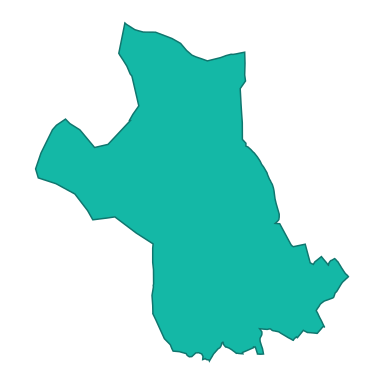 Ikwerre, Rivers, Nigeria (Albers equal-area conic projection)
{"feature_id": "59680162B85189896765318", "entity_name": "Ikwerre", "entity_type": "district", "adm_level": 2, "iso_a3": "NGA", "parent_name": "Nigeria", "parent_adm1": "Rivers", "projection": "albers", "projection_center": [6.95, 5.081], "detail": "fine", "context": "isolated", "style": "filled", "palette": "teal", "viewbox_px": 384, "rotation_deg": 0, "n_neighbors": 0, "source": "geoboundaries", "source_scale": "gbopen_adm2", "svg_char_len": 4376}
<svg xmlns="http://www.w3.org/2000/svg" viewBox="0 0 384 384"><path d="M38.3,177.9L56.0,183.7L74.9,194.0L87.6,210.6L92.8,219.8L107.3,218.0L114.9,216.9L136.3,233.1L153.1,243.9L152.7,248.2L152.7,252.8L152.7,262.3L153.5,269.7L153.6,284.0L153.2,285.5L153.4,287.0L152.0,295.4L152.7,305.4L152.8,309.0L152.9,313.3L152.8,313.6L155.8,319.8L160.7,330.6L164.4,338.7L170.3,344.7L171.8,348.5L173.1,351.1L179.5,351.7L181.9,352.4L186.2,353.6L187.2,355.4L189.3,356.8L191.8,356.6L195.8,352.9L198.7,352.7L201.7,353.9L203.0,356.4L202.7,359.6L203.4,359.4L205.3,358.6L205.6,359.0L206.6,359.6L207.1,359.7L208.3,359.8L208.9,360.0L209.2,360.4L209.4,361.0L210.8,358.6L212.3,356.2L213.1,354.7L213.5,354.1L214.0,353.4L215.0,352.4L215.6,351.6L216.4,350.8L217.3,349.7L217.9,349.0L218.3,348.7L219.1,348.2L219.6,347.9L219.9,347.6L220.4,347.0L220.7,346.5L221.0,345.9L221.3,345.1L221.5,344.5L221.5,344.2L221.5,343.6L221.7,343.2L221.8,343.0L222.2,342.7L222.9,342.2L223.4,343.0L223.2,343.5L223.3,343.9L223.3,344.1L224.5,345.7L225.6,347.0L226.1,347.1L226.3,347.0L229.1,348.1L231.8,349.8L233.1,350.8L234.5,351.8L236.3,353.3L236.5,353.2L237.8,353.3L238.8,353.5L241.1,353.7L242.9,353.8L242.4,352.5L246.9,350.6L249.4,349.5L251.6,348.5L253.7,347.6L253.6,346.9L255.3,347.0L255.8,348.5L256.3,350.1L257.0,352.3L257.5,353.8L257.5,354.0L260.3,354.2L262.4,354.1L263.5,354.0L262.5,348.7L261.5,345.8L261.0,344.2L260.2,341.6L260.0,340.1L260.0,338.6L260.4,337.5L261.3,335.8L261.7,335.0L261.9,334.0L261.9,333.1L261.9,332.5L261.9,331.9L259.6,328.7L263.3,329.1L264.5,329.2L266.0,329.3L266.7,329.4L267.2,329.4L267.4,329.4L268.4,329.1L269.4,328.9L269.9,328.9L270.2,328.9L270.6,329.0L270.8,329.2L271.2,329.5L271.6,329.9L272.1,330.3L272.5,330.5L273.1,330.7L275.0,331.0L275.7,331.2L276.7,331.4L277.7,331.6L278.3,331.7L278.8,331.9L279.8,332.5L280.6,333.1L281.8,333.8L286.7,336.7L287.6,337.3L289.1,338.1L290.3,338.7L291.7,339.5L292.7,340.1L293.3,340.3L293.4,340.2L293.4,339.8L293.5,339.7L294.0,339.2L294.6,338.4L295.4,337.8L295.8,337.6L296.3,336.9L297.4,337.7L302.9,330.9L303.3,330.3L304.9,331.2L306.1,331.8L306.8,332.2L307.2,332.4L307.4,332.5L308.0,332.5L308.8,332.6L310.5,332.7L315.8,333.2L317.0,333.4L317.3,333.3L318.3,332.1L320.7,329.4L322.5,327.2L323.1,326.6L323.3,326.5L323.5,326.5L323.8,326.7L324.1,326.9L324.3,327.0L324.4,326.9L323.8,325.8L323.0,324.2L322.1,322.2L321.0,320.0L319.8,317.8L318.7,315.5L317.7,313.3L316.3,310.8L316.2,310.7L316.3,310.5L316.7,309.7L317.7,308.2L319.2,306.1L320.1,304.4L320.7,303.8L321.4,303.2L322.7,302.2L323.4,301.7L324.0,301.2L325.7,300.5L326.1,300.4L327.3,300.0L328.4,299.6L330.2,298.9L331.1,298.6L332.4,298.1L333.0,297.8L333.6,297.4L333.7,297.1L334.1,296.1L334.5,295.0L334.8,293.9L335.1,293.1L335.5,292.6L336.2,292.0L336.6,291.6L337.0,291.0L338.2,289.0L340.9,284.5L341.1,284.2L341.9,283.0L342.7,282.0L344.2,280.6L344.8,280.1L346.3,278.6L347.2,277.9L347.9,277.2L348.4,276.7L347.5,275.5L345.2,273.4L344.8,272.7L344.0,271.6L343.4,270.7L342.6,269.4L341.7,268.1L341.3,267.4L340.1,265.4L338.9,263.5L338.1,262.1L337.7,261.6L337.4,261.4L336.9,260.9L336.6,260.5L335.4,259.2L334.6,258.6L332.9,259.6L332.3,260.0L332.1,260.1L331.2,260.4L330.8,260.6L330.6,260.8L330.1,261.3L329.3,262.4L328.6,263.7L328.5,264.0L328.4,265.1L328.1,264.9L326.3,262.5L323.5,259.2L321.4,256.6L317.3,259.9L314.8,261.9L313.3,264.4L311.9,263.7L310.2,262.8L305.2,244.2L293.3,246.7L292.3,246.1L291.0,244.7L279.7,223.7L278.9,223.7L275.2,223.4L277.8,220.9L278.8,219.7L279.2,217.1L279.2,214.1L276.1,203.4L275.0,198.7L274.0,190.9L273.4,187.9L272.3,184.4L271.0,182.2L270.5,180.9L269.4,179.1L267.6,174.8L267.0,172.8L263.6,167.0L261.6,164.3L260.2,161.3L257.5,157.1L254.3,153.0L252.8,151.7L251.0,149.7L248.0,147.0L245.9,146.1L245.9,144.7L245.9,143.2L245.3,142.6L242.4,139.4L242.3,122.7L241.7,114.4L241.1,105.3L240.2,88.6L245.5,81.0L244.7,75.0L245.0,63.2L244.7,52.2L240.0,53.1L236.2,53.9L233.1,54.4L231.5,54.3L230.9,54.3L228.7,54.9L226.0,55.6L223.7,56.5L220.3,57.7L207.4,60.9L201.6,58.8L198.6,57.8L195.7,56.8L191.9,55.1L186.6,50.5L184.4,47.9L180.6,43.4L172.0,38.5L155.5,32.2L143.4,32.1L141.2,31.5L137.9,30.6L134.9,29.7L132.2,28.0L126.5,24.4L124.9,23.0L118.8,53.3L119.8,55.1L123.3,60.4L126.9,66.2L130.2,74.0L131.9,76.1L138.8,105.9L132.9,114.3L129.5,120.3L130.4,120.5L108.0,144.4L94.6,147.5L79.9,129.9L74.7,126.6L69.9,123.6L65.5,119.1L56.5,125.2L52.5,129.7L41.0,153.0L35.6,168.9L38.3,177.9Z" fill="#14b8a6" stroke="#0f766e" stroke-width="1.5"/></svg>